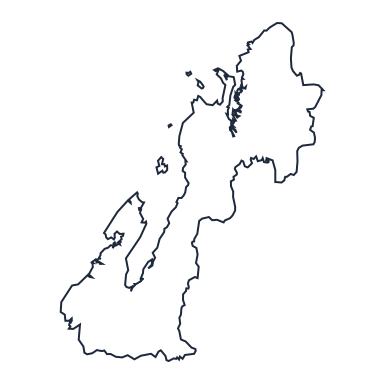 Analalava, Sofia, Madagascar (Natural Earth projection)
{"feature_id": "10022922B21608854890468", "entity_name": "Analalava", "entity_type": "district", "adm_level": 2, "iso_a3": "MDG", "parent_name": "Madagascar", "parent_adm1": "Sofia", "projection": "natural_earth1", "projection_center": [47.842, -14.668], "detail": "fine", "context": "isolated", "style": "outline", "palette": "slate", "viewbox_px": 384, "rotation_deg": 0, "n_neighbors": 0, "source": "geoboundaries", "source_scale": "gbopen_adm2", "svg_char_len": 5969}
<svg xmlns="http://www.w3.org/2000/svg" viewBox="0 0 384 384"><path d="M195.4,349.0L191.5,347.6L185.7,341.5L180.9,339.4L179.4,331.3L178.0,328.4L180.2,323.7L179.4,317.6L180.9,314.8L181.4,308.4L182.2,306.5L184.7,305.0L183.0,300.0L183.1,294.3L186.0,291.0L186.3,288.4L188.4,288.5L188.8,286.9L187.9,283.4L189.0,280.2L194.9,277.0L197.6,278.1L198.7,266.7L196.0,263.0L197.6,254.5L196.4,248.0L192.7,245.9L191.9,243.0L192.5,241.7L194.1,241.5L194.3,239.0L197.3,233.8L199.2,220.9L202.2,218.6L208.8,217.0L212.2,220.2L217.0,219.8L223.6,222.4L224.8,220.5L230.0,218.2L232.6,215.4L235.1,210.6L235.2,207.0L233.1,197.0L233.2,191.5L231.0,186.3L230.9,181.3L233.9,179.7L233.5,176.8L236.8,174.5L236.9,172.8L234.8,168.9L235.4,167.1L239.7,164.0L241.5,160.6L243.2,161.4L244.8,166.3L247.7,167.4L252.0,163.3L250.7,159.7L251.1,158.0L253.7,159.0L256.1,156.4L257.8,161.2L261.8,160.1L262.7,158.1L264.0,162.1L267.7,162.6L268.7,161.8L268.6,160.5L266.2,160.3L266.6,158.1L272.6,160.4L275.3,170.0L275.3,182.0L281.6,182.5L284.3,180.4L285.2,176.8L286.7,176.9L290.6,174.0L293.8,175.0L296.6,171.9L297.5,161.4L297.2,151.1L298.8,147.8L302.6,145.6L313.4,144.3L314.7,142.0L315.0,137.7L313.9,132.6L310.1,129.8L311.2,126.5L312.6,126.2L313.8,117.8L310.1,115.8L309.6,112.0L308.0,111.5L307.3,109.3L313.3,108.7L315.3,106.9L321.4,95.1L321.6,90.2L323.3,90.2L318.6,85.3L313.7,84.4L303.3,85.1L301.1,73.5L300.1,73.0L299.2,74.7L296.9,75.7L293.0,71.1L291.5,67.6L290.9,58.5L291.8,47.2L293.5,45.5L293.8,43.2L292.5,35.2L291.7,32.2L281.8,23.3L277.1,23.0L270.0,27.3L266.5,30.6L264.2,30.5L258.9,37.1L254.4,39.8L252.5,42.9L251.6,41.6L248.0,42.4L247.6,43.5L249.0,44.5L247.5,45.4L250.5,49.0L247.8,49.5L248.6,52.2L239.4,55.9L241.0,60.8L236.8,65.8L237.2,71.6L241.4,70.6L242.8,71.8L243.4,74.2L241.9,77.6L243.2,78.9L241.9,78.9L241.5,80.0L242.0,85.2L243.0,87.9L244.3,88.3L245.8,86.8L245.4,88.6L240.3,87.5L240.0,89.2L241.7,90.0L242.0,90.8L240.2,93.1L241.7,90.6L238.4,88.9L237.2,90.8L237.1,94.3L239.0,93.1L239.0,95.7L238.9,93.6L236.7,94.7L235.5,93.0L235.6,96.0L237.6,96.2L238.9,99.0L239.0,99.5L236.9,101.4L238.5,102.8L237.9,103.5L242.4,106.1L240.9,105.8L241.1,107.4L236.6,109.7L240.2,110.4L240.8,111.5L240.4,113.1L240.0,110.6L239.0,110.7L239.6,111.7L235.1,110.3L236.7,115.3L239.2,116.1L237.4,117.2L237.7,118.3L235.9,115.4L233.7,114.6L235.9,113.9L233.1,109.6L232.5,114.6L235.9,120.7L234.1,121.0L233.1,119.8L233.3,121.8L234.7,122.8L233.3,122.5L232.5,125.4L233.7,126.6L231.9,126.2L231.4,127.4L235.2,129.7L236.6,132.7L233.0,128.5L230.7,129.2L234.2,136.1L233.2,136.4L231.9,131.8L230.1,130.1L229.8,127.4L231.2,126.0L231.2,120.5L229.0,119.2L226.5,113.9L228.0,114.4L227.8,110.1L228.8,107.7L227.3,106.9L229.3,105.1L230.4,95.4L233.2,86.9L235.2,84.8L233.7,77.1L228.1,76.1L226.2,77.4L226.9,80.2L224.8,76.1L226.2,76.4L225.7,75.4L227.3,76.1L227.8,75.1L223.0,70.9L218.0,68.3L214.2,70.0L215.7,71.1L218.6,69.8L216.7,74.4L221.0,78.4L223.0,82.7L225.4,85.0L222.6,98.1L222.8,101.4L220.0,104.7L217.7,103.6L217.1,100.6L212.7,105.2L206.5,104.2L200.0,96.8L198.2,96.0L197.0,100.3L194.1,99.7L193.3,102.5L191.7,102.5L193.7,112.7L182.9,122.9L179.4,136.0L178.8,143.7L179.0,145.5L180.8,146.2L180.0,147.6L181.8,149.3L180.5,152.4L182.8,153.9L182.3,155.1L186.5,161.3L185.4,161.2L185.7,164.5L183.0,168.0L182.7,171.0L185.1,172.7L185.1,177.5L188.6,183.1L188.1,185.1L186.1,187.0L185.2,192.5L183.8,195.3L181.5,198.0L178.4,197.9L176.4,202.1L177.6,203.1L175.8,207.3L171.6,211.5L167.6,218.7L169.2,223.3L166.9,227.2L164.4,228.8L164.2,232.0L159.6,238.9L157.3,247.7L152.7,252.8L155.1,257.7L153.0,261.6L152.4,265.5L148.2,268.4L151.9,264.5L151.9,259.5L148.2,261.9L143.3,269.3L143.0,273.0L140.6,278.9L140.7,279.3L142.6,278.7L143.7,279.1L142.5,279.0L140.9,281.2L136.1,284.0L134.5,284.0L135.0,285.1L132.4,287.7L130.9,291.4L132.0,286.6L129.2,287.9L126.5,287.0L125.1,284.9L126.1,274.4L128.2,270.2L125.9,258.4L140.1,237.4L146.4,223.7L146.0,221.6L144.6,222.7L141.6,222.4L143.2,219.0L140.0,213.0L141.0,209.7L139.3,210.0L138.7,207.2L139.9,209.6L144.0,202.5L142.1,202.2L139.0,199.5L137.3,196.3L137.8,193.5L137.1,192.4L128.7,199.7L130.6,201.9L130.7,203.1L128.5,201.1L129.1,200.1L128.1,200.2L117.4,212.0L104.0,233.0L105.6,234.4L106.2,237.4L107.8,239.1L111.3,237.4L113.9,239.4L114.8,237.7L114.5,233.9L117.0,231.5L119.8,234.0L123.5,233.7L123.0,235.9L121.1,236.7L121.6,239.2L118.4,242.1L121.3,241.6L119.4,243.1L119.9,244.5L118.7,243.8L115.9,245.5L114.7,242.4L113.5,243.5L114.1,245.9L112.8,248.2L113.3,245.6L110.5,245.3L108.1,247.7L104.7,248.8L100.5,253.3L100.6,254.9L99.1,257.6L100.8,258.9L98.7,258.5L96.7,260.4L102.4,263.9L99.9,263.9L98.8,261.8L96.6,262.5L95.7,259.4L90.9,262.9L92.6,262.4L93.2,262.9L92.5,262.8L92.8,267.1L88.8,274.4L92.1,277.4L89.6,276.9L88.2,275.9L88.2,274.6L78.1,284.4L72.1,285.5L61.3,302.1L60.7,312.0L64.8,314.7L65.4,320.8L69.2,320.7L71.7,318.4L71.8,320.7L70.8,322.1L71.5,322.9L69.9,322.2L69.1,325.1L70.4,326.4L68.9,328.7L73.4,328.9L80.0,324.5L78.7,339.7L83.4,346.5L84.4,352.7L87.1,354.3L92.4,353.2L96.8,350.1L102.0,351.1L104.3,350.5L107.0,354.1L110.6,354.0L115.9,356.8L122.2,357.4L127.7,355.2L134.4,359.3L141.0,355.7L151.0,353.8L155.5,357.0L158.5,351.6L160.8,350.3L165.5,356.0L166.5,360.2L168.7,361.0L173.7,358.4L176.1,358.9L177.1,357.4L179.0,359.5L179.9,356.6L182.6,358.8L184.9,355.0L194.1,353.8L195.7,350.8L195.4,349.0ZM162.0,164.2L163.2,159.0L161.2,157.1L158.0,160.7L159.3,166.0L156.5,167.3L158.1,173.7L162.4,170.7L163.3,172.7L165.0,172.4L167.2,170.0L167.1,165.5L164.9,166.4L164.3,164.1L162.0,164.2ZM200.2,81.7L197.4,80.2L198.5,82.1L197.7,85.4L201.7,88.5L202.8,88.2L203.6,86.8L203.1,85.5L200.2,81.7ZM191.2,73.8L190.3,71.8L188.6,72.9L186.5,72.7L186.7,74.4L188.4,75.7L191.2,73.8ZM236.2,101.0L238.4,99.6L238.5,99.2L236.3,98.7L235.1,100.2L236.2,101.0ZM169.0,127.0L171.5,125.2L170.8,124.3L168.6,125.5L169.0,127.0ZM235.7,98.5L235.7,97.4L234.7,96.5L234.4,97.7L235.7,98.5ZM242.4,87.6L242.1,86.5L241.1,85.7L241.0,86.9L242.4,87.6ZM237.7,98.2L237.4,96.7L236.2,97.2L236.4,97.6L237.7,98.2ZM240.7,107.4L240.4,106.0L239.3,107.5L240.7,107.4Z" fill="none" stroke="#1e293b" stroke-width="2"/></svg>